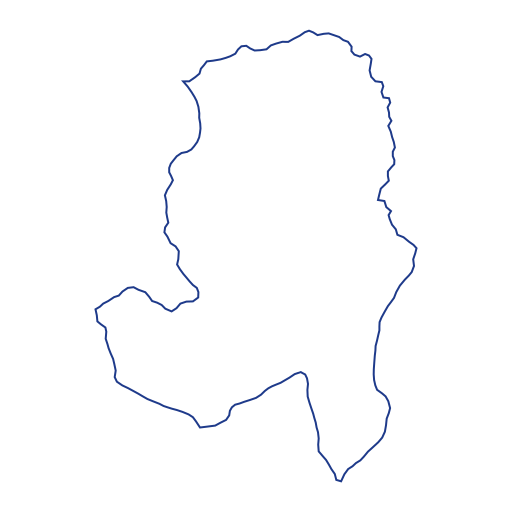 the district of Berizal, Minas Gerais, Brazil, rotated 90°
{"feature_id": "56859067B94256700938392", "entity_name": "Berizal", "entity_type": "district", "adm_level": 2, "iso_a3": "BRA", "parent_name": "Brazil", "parent_adm1": "Minas Gerais", "projection": "mercator", "projection_center": [-41.753, -15.698], "detail": "fine", "context": "isolated", "style": "outline", "palette": "blue", "viewbox_px": 512, "rotation_deg": 90, "n_neighbors": 0, "source": "geoboundaries", "source_scale": "gbopen_adm2", "svg_char_len": 3393}
<svg xmlns="http://www.w3.org/2000/svg" viewBox="0 0 512 512"><g transform="rotate(90 256 256)"><path d="M266.0,98.0L259.3,98.8L253.4,96.8L248.2,95.5L244.9,98.5L241.8,102.9L237.2,108.5L234.8,114.6L229.3,116.2L224.7,120.0L219.0,122.3L215.1,123.4L211.1,121.0L207.1,125.7L201.0,127.6L200.0,134.0L194.9,132.8L188.6,131.2L184.0,126.4L180.7,123.2L176.0,124.1L171.4,124.1L167.2,120.6L164.2,117.8L160.1,117.6L156.1,119.2L151.7,119.2L147.5,117.1L142.0,118.2L137.0,119.9L131.7,121.2L125.9,123.7L120.8,120.6L116.8,122.8L112.5,123.0L107.4,124.4L102.6,121.8L98.2,123.0L97.5,128.6L91.9,130.5L86.2,128.7L82.1,130.2L81.3,136.6L76.8,140.8L70.4,142.4L63.6,141.2L58.9,140.5L55.5,143.0L54.0,146.9L56.6,152.0L54.6,157.6L51.1,160.6L46.7,160.4L41.8,164.0L40.1,168.7L37.0,172.8L35.1,178.3L33.4,183.3L33.8,188.2L35.1,194.5L32.4,198.8L30.7,203.0L32.2,207.2L35.7,212.2L38.8,218.4L41.9,223.8L41.8,229.6L43.6,236.0L45.4,241.1L49.3,245.5L50.2,251.9L50.5,257.4L48.4,261.9L45.8,265.7L46.3,270.6L49.5,274.0L53.7,276.7L56.3,281.8L57.9,286.3L59.4,291.5L60.7,299.1L61.4,305.2L65.1,308.0L68.7,311.1L73.6,312.5L77.1,316.7L81.3,322.7L81.4,328.8L86.6,324.3L92.2,320.4L96.9,317.5L101.0,315.4L106.8,313.6L113.3,312.7L117.8,312.8L123.4,311.8L128.5,311.5L132.8,312.0L137.3,312.8L142.0,314.8L146.4,318.0L149.5,320.7L151.9,325.0L153.0,330.5L156.3,335.3L160.5,338.7L163.7,341.2L167.9,342.8L172.3,342.8L176.0,340.9L180.2,339.1L184.3,341.2L189.9,344.8L195.3,347.1L201.1,345.8L207.0,345.3L212.6,345.7L217.6,344.8L222.7,343.7L227.4,346.9L232.3,347.6L236.6,344.6L243.2,341.4L246.4,336.4L251.2,333.2L259.2,333.7L264.5,334.9L269.2,332.1L274.0,328.6L277.4,325.7L281.5,322.3L285.0,319.1L287.9,315.2L292.1,313.6L297.5,313.8L301.4,319.1L301.6,325.6L303.6,331.6L308.2,335.5L311.4,340.4L308.7,346.7L305.0,350.3L302.7,354.8L301.0,359.9L296.8,362.8L292.2,366.7L289.8,373.5L287.2,378.4L287.9,384.2L291.5,389.5L295.6,393.2L297.1,397.9L301.0,403.7L303.6,408.8L306.7,412.1L309.3,416.5L315.3,415.2L321.4,414.6L324.3,411.1L327.5,406.6L331.7,405.7L338.8,406.3L344.2,404.5L348.2,403.4L353.5,401.3L358.9,398.9L364.0,397.7L370.6,396.3L377.1,397.3L381.7,395.1L385.4,389.7L388.1,384.0L390.7,379.2L393.7,373.7L396.2,369.5L399.0,364.6L401.2,359.2L403.8,352.6L406.0,348.4L407.3,344.5L408.7,340.1L410.0,335.2L411.9,329.5L414.4,323.4L417.2,319.1L421.4,316.0L427.5,312.0L426.6,304.7L425.6,296.8L422.7,291.5L419.9,285.9L415.4,282.8L410.8,282.1L407.3,280.1L404.7,276.9L403.5,272.4L401.8,267.8L400.0,262.1L397.9,256.0L394.7,251.0L390.9,247.1L388.3,243.7L386.3,240.0L384.6,235.9L382.8,231.4L380.4,227.3L377.6,222.5L374.1,217.3L372.1,211.3L374.5,206.8L378.3,205.0L383.9,204.0L389.8,204.6L396.6,204.3L402.8,202.5L408.5,200.6L413.7,198.8L417.9,197.7L422.5,196.3L427.5,195.4L432.2,194.0L438.5,193.3L444.6,193.8L451.4,193.3L456.2,189.2L460.0,185.9L464.6,183.1L469.1,180.6L474.0,177.2L479.9,175.7L481.3,170.9L474.2,167.6L469.0,163.8L466.2,159.4L463.1,156.1L460.4,151.7L456.8,148.3L451.6,144.0L447.0,138.9L442.2,133.7L437.6,129.8L431.7,127.1L425.3,126.0L418.6,125.3L413.1,123.2L408.1,121.9L401.2,123.7L396.4,126.4L393.4,129.9L389.8,134.9L385.3,136.7L380.0,137.9L374.4,138.3L369.4,138.2L363.6,137.8L355.6,137.2L350.6,136.6L346.0,136.4L340.7,135.0L334.9,133.7L330.4,132.6L326.4,132.6L322.1,132.4L317.5,130.5L311.3,127.1L306.1,124.1L302.3,121.2L297.9,118.0L292.0,115.7L285.6,112.1L279.6,107.1L275.6,103.2L272.1,100.3L266.0,98.0Z" fill="none" stroke="#1e3a8a" stroke-width="2"/></g></svg>